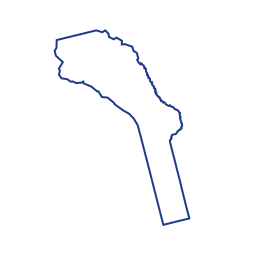 the district of Nevada, California, United States of America, rotated 76°
{"feature_id": "52423323B72053512524977", "entity_name": "Nevada", "entity_type": "district", "adm_level": 2, "iso_a3": "USA", "parent_name": "United States of America", "parent_adm1": "California", "projection": "orthographic", "projection_center": [-120.746, 39.266], "detail": "fine", "context": "isolated", "style": "outline", "palette": "blue", "viewbox_px": 256, "rotation_deg": 76, "n_neighbors": 0, "source": "geoboundaries", "source_scale": "gbopen_adm2", "svg_char_len": 3487}
<svg xmlns="http://www.w3.org/2000/svg" viewBox="0 0 256 256"><g transform="rotate(76 128 128)"><path d="M67.2,101.9L64.1,102.6L63.0,101.2L57.2,101.3L54.5,104.0L50.2,104.2L45.8,110.8L45.5,113.8L41.9,112.8L37.5,117.4L38.5,120.3L35.1,124.4L32.0,124.1L27.8,126.4L28.9,129.8L25.6,135.2L25.4,175.9L32.9,178.0L35.4,180.5L40.4,180.5L48.3,175.3L53.7,180.7L55.9,180.2L59.6,182.1L63.8,180.4L65.8,175.3L69.2,172.4L69.4,170.5L71.9,167.3L72.7,162.0L72.2,160.2L73.9,160.3L79.0,153.5L84.9,149.2L85.2,147.9L91.7,145.8L93.5,140.5L100.1,135.6L102.1,134.9L109.8,128.4L114.4,123.5L120.2,120.2L127.6,117.9L142.2,117.7L179.5,117.4L225.4,117.2L229.7,117.1L230.5,117.1L230.5,114.2L230.5,105.0L230.6,90.4L229.6,90.4L225.5,90.4L219.8,90.5L215.7,90.5L211.7,90.5L205.9,90.5L199.0,90.5L190.8,90.4L181.0,90.5L169.7,90.5L164.7,90.6L159.3,90.6L154.1,90.6L151.6,90.6L150.0,90.3L149.9,90.0L149.7,89.4L149.5,89.1L149.2,88.7L148.8,88.8L148.4,88.8L148.0,88.6L147.9,88.3L147.7,88.3L147.4,88.2L147.2,87.9L147.0,88.0L146.7,87.8L146.4,87.6L146.0,87.4L145.9,87.2L145.5,87.0L145.4,86.6L145.3,86.1L145.3,85.4L145.4,84.6L145.3,84.0L145.4,83.3L145.1,82.6L144.5,81.9L143.8,81.1L143.0,80.4L142.7,79.5L142.7,78.6L141.8,77.9L141.9,77.0L141.7,76.5L141.4,76.2L140.9,76.1L140.0,76.2L139.6,75.5L139.2,75.2L138.7,75.0L138.8,74.9L138.6,74.8L138.2,74.7L137.8,74.7L137.6,74.8L137.3,74.9L137.1,74.7L136.7,74.6L136.4,74.7L136.0,74.9L135.6,74.9L135.5,75.1L135.2,75.0L134.9,74.9L134.3,75.0L133.5,75.0L132.7,75.1L132.0,75.0L131.2,75.0L131.0,75.3L130.7,75.3L130.5,75.1L130.2,74.6L130.1,74.4L129.8,74.4L129.6,74.6L129.0,74.4L128.4,74.6L128.0,74.6L127.7,74.5L127.1,74.6L126.6,74.5L126.3,74.3L126.3,74.0L126.0,73.9L125.9,74.0L125.6,74.2L125.4,74.5L124.7,74.6L124.4,74.8L123.9,75.1L123.4,75.1L123.0,75.3L122.7,75.6L122.4,75.9L122.2,76.5L121.7,76.8L121.6,77.2L121.3,77.3L121.1,77.8L120.8,78.2L120.4,78.3L120.0,78.4L119.7,78.7L119.3,78.8L118.9,78.9L118.4,79.4L118.2,79.9L117.9,80.2L117.8,80.8L117.4,81.1L117.1,81.4L116.8,81.7L116.4,81.7L116.2,81.7L116.1,81.9L116.2,82.1L116.4,82.5L116.5,82.9L116.4,83.4L116.0,83.7L115.5,84.1L115.1,84.6L114.7,85.1L114.1,85.5L113.9,85.6L113.5,85.8L113.0,85.7L112.7,85.9L112.3,86.2L112.0,86.3L111.9,86.6L112.0,86.8L112.1,87.2L111.8,87.7L111.4,88.0L111.1,87.9L110.9,87.9L110.9,88.1L110.6,88.3L110.3,88.3L110.1,88.7L109.9,89.0L109.8,89.4L109.4,89.4L108.9,89.1L108.4,89.3L108.2,89.7L107.4,89.9L107.1,90.0L106.9,90.0L106.8,89.9L106.4,89.8L106.2,90.2L105.7,90.5L105.4,90.3L105.0,90.6L104.8,91.1L104.2,91.6L103.8,91.5L103.4,91.6L103.0,92.0L102.5,92.4L102.0,92.2L101.5,92.5L101.0,92.7L100.9,92.4L100.5,91.9L100.1,91.9L100.0,92.1L99.9,92.4L99.8,92.7L99.6,92.6L99.1,92.6L98.8,92.8L98.4,92.8L98.2,92.6L97.8,92.6L97.6,92.3L97.5,92.0L97.2,91.9L96.8,92.0L95.9,92.6L95.8,93.0L95.5,92.9L95.2,92.8L94.6,92.8L94.3,92.7L94.0,92.9L94.0,93.1L93.8,93.1L93.3,93.2L92.8,93.6L92.5,93.9L92.1,93.9L91.9,93.8L91.6,93.8L91.6,94.0L91.2,94.0L91.0,93.9L90.7,93.9L90.5,94.1L90.4,94.0L90.1,93.9L90.2,94.1L89.9,94.3L89.5,94.2L89.2,94.3L88.6,94.6L88.2,95.0L87.3,95.2L86.5,95.1L85.8,95.1L85.4,94.8L84.8,95.0L84.6,95.3L84.5,95.6L84.3,96.1L84.0,96.0L83.3,95.7L82.8,96.0L82.4,96.0L82.0,95.9L82.0,96.3L81.6,96.7L81.1,96.6L80.3,96.5L79.7,96.1L79.1,96.4L78.5,96.4L78.0,96.7L77.6,96.9L76.8,96.7L75.7,96.5L75.1,96.4L74.4,96.5L74.0,96.6L73.9,96.9L74.0,97.2L74.1,97.5L73.8,97.5L73.3,97.6L72.6,97.7L72.2,97.4L71.5,97.5L71.0,97.9L69.5,99.2L68.8,99.1L68.3,99.7L68.8,100.0L69.1,100.7L68.4,100.8L67.5,101.6L67.2,101.9Z" fill="none" stroke="#1e3a8a" stroke-width="2"/></g></svg>